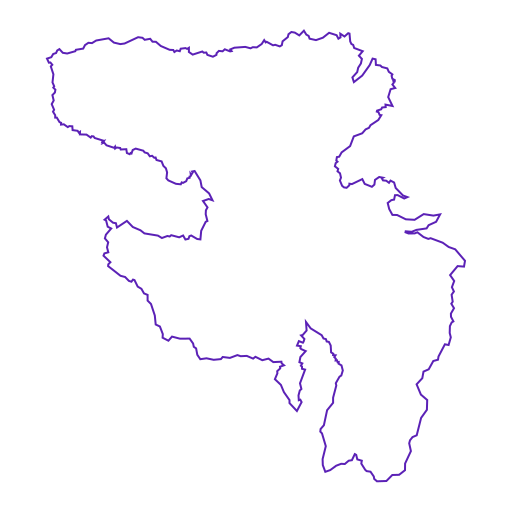 the district of Quito, Pichincha, Ecuador
{"feature_id": "8360857B23484517950931", "entity_name": "Quito", "entity_type": "district", "adm_level": 2, "iso_a3": "ECU", "parent_name": "Ecuador", "parent_adm1": "Pichincha", "projection": "albers", "projection_center": [-78.517, -0.167], "detail": "fine", "context": "isolated", "style": "outline", "palette": "violet", "viewbox_px": 512, "rotation_deg": 0, "n_neighbors": 0, "source": "geoboundaries", "source_scale": "gbopen_adm2", "svg_char_len": 5951}
<svg xmlns="http://www.w3.org/2000/svg" viewBox="0 0 512 512"><path d="M426.9,409.8L427.2,400.0L420.9,394.6L416.6,384.3L422.3,378.2L423.5,371.6L428.7,369.3L433.3,361.0L438.0,359.7L438.5,356.5L444.9,344.3L448.6,345.0L450.8,337.3L449.7,333.0L449.9,326.1L451.7,322.4L453.4,321.4L451.0,316.8L450.9,313.6L454.0,308.2L451.3,303.7L452.7,301.7L451.6,294.7L453.9,291.5L451.9,287.2L454.2,281.0L450.1,275.1L457.6,266.1L464.0,266.6L465.0,260.8L455.2,249.3L448.7,247.0L442.7,242.7L430.6,238.2L428.3,238.9L423.5,237.0L417.4,232.3L414.7,233.4L408.6,233.5L405.5,232.3L405.7,231.3L411.7,231.8L416.4,229.9L426.6,228.4L428.6,225.2L436.1,221.8L440.1,214.4L433.4,215.6L423.7,214.1L414.6,219.8L405.8,219.3L397.1,215.0L392.4,214.9L389.2,209.0L387.7,203.0L391.4,200.1L394.1,199.6L395.0,195.2L397.6,195.1L404.2,198.5L407.4,197.1L403.0,195.5L395.7,188.0L394.1,182.5L390.5,180.6L389.0,182.8L386.2,180.7L383.0,180.4L381.8,178.3L382.9,177.7L379.2,177.0L375.0,179.9L374.4,184.6L371.9,186.8L364.7,183.9L362.3,179.1L351.9,184.1L349.4,183.7L349.3,185.3L346.6,187.8L344.0,187.4L342.1,185.8L339.9,180.5L341.0,177.6L340.0,173.3L337.5,171.3L338.2,168.9L334.9,166.3L335.7,163.1L337.5,161.7L336.3,160.5L336.9,157.1L339.2,156.7L341.6,152.4L350.1,146.1L353.8,136.4L362.2,133.3L365.6,129.4L369.0,127.8L370.5,125.2L378.3,120.0L381.3,115.2L379.6,114.9L378.5,112.2L376.8,111.6L377.1,110.6L381.2,109.3L382.1,107.5L385.7,107.1L385.5,104.6L392.5,106.0L388.2,97.1L390.6,89.2L395.2,88.0L392.4,84.5L393.8,82.7L393.4,81.1L394.7,81.3L394.8,80.1L392.3,78.7L391.6,75.8L392.4,74.4L388.8,71.8L387.3,68.4L381.9,67.0L380.4,65.5L375.9,64.9L375.6,59.3L372.6,58.6L369.7,65.1L362.2,75.6L353.9,82.1L352.4,77.4L357.2,72.1L358.2,67.7L360.9,63.5L361.9,58.9L358.9,55.7L362.7,51.2L354.2,48.0L353.2,44.9L351.4,44.0L350.2,41.4L349.5,33.6L348.2,33.2L344.5,36.5L340.3,33.7L340.5,37.4L338.4,38.7L336.6,35.2L329.1,32.8L322.9,37.7L316.0,40.1L309.6,38.7L308.6,35.9L306.3,34.6L303.9,30.7L299.3,35.4L294.8,32.6L291.4,32.0L288.5,34.2L287.8,37.1L282.6,41.3L281.8,45.2L279.8,46.4L275.2,44.8L273.0,45.3L266.7,41.8L265.7,42.4L264.2,40.1L261.7,44.0L256.8,47.4L252.8,47.2L250.5,48.3L245.3,46.9L234.4,47.7L230.3,49.4L231.6,51.1L230.1,51.4L224.8,49.3L222.6,51.3L218.9,50.9L216.6,53.2L216.4,54.9L212.9,56.7L207.4,54.9L206.3,52.5L203.7,52.7L202.3,51.5L192.7,54.6L188.9,52.0L188.9,47.8L187.1,48.9L185.5,48.1L180.7,48.7L179.8,51.2L176.7,50.5L174.4,52.0L173.3,50.0L169.6,49.8L160.8,46.0L155.9,41.8L152.5,41.7L150.2,38.8L144.7,39.8L142.5,37.8L138.1,37.2L124.6,43.5L120.3,44.1L113.9,42.6L108.6,38.3L96.2,40.5L92.0,43.1L88.4,42.8L85.0,45.1L83.2,48.6L75.9,49.8L75.3,51.2L67.2,53.5L62.8,52.8L59.4,49.1L57.2,50.5L56.1,53.0L53.2,54.0L51.3,57.2L47.0,58.6L48.9,62.7L50.4,62.5L52.3,64.8L50.8,66.4L53.4,74.3L52.5,82.4L54.2,86.3L53.3,87.6L55.4,89.7L54.9,92.5L52.4,95.1L53.7,100.5L51.7,104.1L54.1,109.8L53.0,111.7L55.2,115.2L55.2,117.6L56.8,117.6L59.5,122.1L61.1,122.8L61.0,124.6L63.8,124.3L67.8,127.1L69.3,126.1L72.3,126.3L72.6,130.1L77.6,130.8L78.9,132.7L80.0,131.9L79.9,134.4L86.5,134.6L90.7,137.6L91.7,136.2L93.5,136.4L94.7,138.0L102.8,140.5L102.4,141.6L104.0,141.0L102.8,143.1L104.1,142.6L106.5,145.3L114.1,147.8L115.0,146.7L115.2,148.5L116.6,147.5L120.2,148.0L120.7,149.5L126.3,149.2L126.9,153.0L129.7,154.2L130.6,153.0L131.5,153.5L132.7,150.0L135.7,148.6L143.3,150.7L144.6,152.4L147.7,153.3L149.8,156.3L152.1,155.8L154.3,157.8L155.6,157.5L156.5,160.0L161.6,161.4L163.4,165.9L165.9,168.3L167.1,172.4L166.4,178.3L168.3,180.4L175.9,183.8L180.8,184.3L181.7,182.4L183.0,182.9L186.2,181.2L187.3,178.4L189.6,177.8L189.5,175.8L189.9,176.7L190.9,175.7L190.7,174.0L191.3,174.8L192.8,172.3L192.2,171.5L194.6,171.0L200.4,180.4L201.7,187.1L209.1,193.4L212.5,200.3L208.7,199.0L203.0,201.0L207.5,207.4L205.9,210.3L205.7,214.2L207.4,221.0L205.7,221.8L201.2,230.8L200.4,239.4L197.2,239.0L191.2,235.5L189.4,236.2L188.5,238.8L185.4,239.5L183.1,235.5L179.2,237.3L171.2,235.2L169.7,236.5L167.4,236.0L161.9,238.0L157.9,235.6L144.4,233.4L140.5,230.3L132.8,227.0L126.9,220.9L117.0,227.5L115.9,223.2L113.0,222.7L108.9,219.3L108.3,216.5L104.6,219.7L106.1,220.5L107.7,226.7L111.2,228.5L105.9,234.7L104.9,238.4L108.2,242.3L107.0,247.3L108.3,252.3L104.4,253.4L103.5,255.7L110.4,262.2L108.3,264.3L108.1,266.1L120.5,275.8L125.1,277.0L128.9,280.9L131.4,281.7L133.0,279.6L134.5,280.1L137.7,286.6L141.4,288.8L144.0,293.4L147.6,294.9L147.6,300.6L151.0,304.0L154.8,315.5L155.7,324.5L159.9,326.5L162.8,334.1L162.6,337.7L168.4,340.7L172.0,336.6L180.0,338.7L189.6,338.6L193.1,343.5L193.8,346.8L196.1,348.4L197.3,354.8L200.3,359.2L206.5,358.3L213.7,359.8L220.9,359.1L222.7,357.0L229.9,357.9L237.4,355.1L240.7,356.2L246.8,355.9L253.1,358.6L255.4,356.8L262.3,360.2L268.5,358.6L273.3,362.1L281.4,361.7L281.7,363.4L284.0,365.3L280.0,366.7L280.2,368.4L277.2,371.2L277.4,373.3L274.9,379.2L280.9,384.9L283.9,392.1L289.5,400.1L289.5,403.1L296.9,411.0L301.6,402.1L300.3,399.7L298.8,400.2L298.5,395.4L299.8,390.5L301.4,389.0L300.0,383.3L305.1,369.6L302.0,368.8L302.0,366.6L300.9,365.7L302.3,363.4L299.4,362.2L300.4,357.0L305.7,351.1L301.2,349.1L300.3,348.1L300.8,346.2L297.0,345.6L298.9,341.1L302.9,342.7L303.6,341.6L304.4,339.0L301.1,335.4L302.7,335.0L306.6,330.5L306.0,322.0L310.7,328.4L321.7,335.2L323.5,338.5L325.9,339.1L326.7,341.5L328.9,341.9L330.7,345.5L331.1,352.4L333.3,353.7L333.1,355.1L335.5,355.3L334.3,357.1L335.8,358.7L335.6,360.5L337.0,360.3L337.6,362.2L338.7,362.0L338.6,363.7L341.5,365.4L342.8,370.5L341.3,375.5L339.5,376.7L335.8,383.2L336.3,385.5L333.1,397.7L333.1,402.8L327.1,410.2L323.9,425.2L320.6,429.0L320.3,431.6L322.0,433.4L325.8,446.2L322.6,459.1L322.8,465.1L325.3,471.8L330.2,470.1L336.2,465.7L341.2,463.8L344.8,464.0L348.7,460.7L351.9,460.2L354.8,454.1L356.2,454.9L357.3,459.4L361.8,460.7L361.3,463.6L365.2,469.8L366.6,471.1L370.5,471.7L373.8,476.5L374.2,478.9L377.0,481.3L386.4,481.0L392.3,475.0L399.1,474.8L405.0,470.2L405.1,463.5L410.9,451.1L409.2,443.3L410.0,440.3L412.5,437.1L416.7,435.3L421.1,417.9L426.9,409.8Z" fill="none" stroke="#5b21b6" stroke-width="2"/></svg>